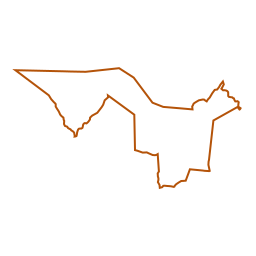 La Croix Maingot, Anse-la-Raye, Saint Lucia (Albers equal-area conic projection)
{"feature_id": "8701671B12954312315710", "entity_name": "La Croix Maingot", "entity_type": "district", "adm_level": 2, "iso_a3": "LCA", "parent_name": "Saint Lucia", "parent_adm1": "Anse-la-Raye", "projection": "albers", "projection_center": [-61.005, 13.965], "detail": "fine", "context": "isolated", "style": "outline", "palette": "amber", "viewbox_px": 256, "rotation_deg": 0, "n_neighbors": 0, "source": "geoboundaries", "source_scale": "gbopen_adm2", "svg_char_len": 2173}
<svg xmlns="http://www.w3.org/2000/svg" viewBox="0 0 256 256"><path d="M15.4,70.2L48.8,95.3L51.2,99.2L54.0,102.3L55.0,103.2L55.7,104.1L55.7,106.6L57.3,109.2L58.2,110.5L59.0,111.9L60.2,114.6L61.6,116.2L63.4,117.6L63.7,119.8L64.2,120.8L64.0,124.0L64.9,125.9L67.2,126.7L68.0,128.0L69.5,128.9L70.5,129.3L71.2,130.3L73.1,131.5L74.1,132.6L74.8,136.4L74.7,136.6L74.9,136.6L75.0,136.5L76.4,136.1L76.6,135.5L76.8,134.7L76.9,134.1L77.1,132.6L77.5,131.2L78.1,129.6L78.8,128.8L79.7,128.6L80.3,128.5L81.1,128.6L81.6,128.4L82.4,127.9L82.7,127.0L82.9,126.0L83.1,124.8L83.5,124.1L84.0,123.5L84.7,123.1L85.6,123.2L86.5,123.4L87.0,123.0L87.8,122.3L88.6,121.4L89.5,120.1L89.9,119.6L90.0,118.7L90.1,117.6L92.2,115.6L97.3,112.8L101.7,107.1L103.2,104.7L104.7,100.3L108.1,97.3L107.9,95.4L134.3,114.7L135.0,150.1L137.6,150.8L139.3,151.4L142.7,152.6L146.8,152.4L148.7,153.3L152.6,155.0L155.0,155.2L156.4,154.9L157.7,154.1L158.9,171.5L158.7,171.8L157.7,173.4L157.9,176.5L158.4,178.2L158.4,180.0L157.9,182.1L159.5,184.9L159.8,187.8L162.1,187.2L162.5,186.8L163.3,185.8L163.7,185.8L164.5,185.7L167.3,186.0L169.1,186.1L171.1,186.3L173.8,186.9L174.2,186.7L174.5,186.5L174.6,186.1L174.7,185.8L175.0,185.5L176.1,184.3L176.8,183.8L178.7,182.5L179.4,182.1L181.2,181.0L183.5,180.9L184.2,180.8L185.7,180.7L188.2,174.0L189.9,169.3L202.4,170.5L203.3,170.6L204.4,170.8L209.3,171.1L209.6,171.4L209.8,171.7L209.7,170.9L208.4,164.8L208.6,161.5L209.0,159.9L213.4,120.5L237.5,107.0L239.5,109.5L239.9,109.3L240.6,108.3L240.6,108.2L238.2,106.7L238.4,103.9L238.7,102.2L237.6,101.2L236.3,101.4L235.3,101.4L234.5,100.1L233.9,98.4L233.1,98.2L232.4,97.4L229.0,96.9L228.2,96.0L228.2,93.1L228.1,92.1L227.3,91.1L226.1,90.5L224.4,90.2L223.1,90.3L221.4,88.8L222.1,87.7L223.8,84.4L222.9,81.5L220.3,84.8L219.2,86.9L217.2,89.5L214.7,89.9L212.3,93.2L212.1,93.5L209.7,97.6L208.6,98.7L207.8,99.6L206.7,101.4L205.5,100.7L204.1,99.6L202.8,99.5L198.9,100.3L196.0,102.0L194.3,103.1L193.6,103.7L193.0,105.1L192.2,106.5L192.3,107.5L192.5,109.4L180.1,108.3L163.2,106.9L152.5,102.7L152.3,102.4L152.2,102.3L144.1,91.5L133.7,77.6L119.1,68.2L85.7,71.8L80.0,71.7L70.2,71.5L63.5,71.3L15.4,70.2Z" fill="none" stroke="#b45309" stroke-width="2"/></svg>